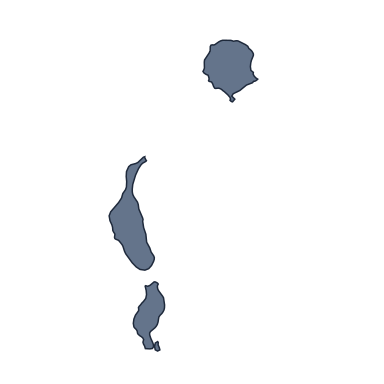 the border of Las Palmas, rotated 140°
{"feature_id": "ESP-5829", "entity_name": "Las Palmas", "entity_type": "Autonomous Community", "adm_level": 1, "iso_a3": "ESP", "parent_name": "Spain", "parent_adm1": "", "projection": "albers", "projection_center": [-14.437, 28.512], "detail": "fine", "context": "isolated", "style": "filled", "palette": "slate", "viewbox_px": 384, "rotation_deg": 140, "n_neighbors": 0, "source": "natural_earth", "source_scale": "10m", "svg_char_len": 2742}
<svg xmlns="http://www.w3.org/2000/svg" viewBox="0 0 384 384"><g transform="rotate(140 192 192)"><path d="M266.1,163.5L270.3,161.7L274.5,161.1L278.3,162.4L281.6,166.1L282.9,170.4L283.3,176.2L282.5,187.2L281.8,189.9L279.8,194.8L279.4,196.6L279.3,200.9L279.4,202.3L279.8,203.1L280.8,205.0L281.0,205.9L280.5,207.1L278.4,209.0L278.0,209.8L277.9,211.0L277.7,212.2L277.4,213.4L275.5,216.1L274.5,218.3L273.3,222.7L270.8,227.0L267.0,229.1L255.0,231.1L249.8,232.7L246.0,235.3L241.5,236.5L239.1,237.9L235.4,241.9L232.4,246.2L229.0,249.8L224.2,252.1L221.3,252.1L216.8,250.0L214.5,249.4L206.9,249.9L205.5,249.4L206.0,249.0L206.4,247.4L206.8,245.9L206.7,245.4L207.5,245.1L211.4,245.8L213.6,245.6L217.9,244.3L224.4,241.2L232.5,235.9L235.9,232.6L237.7,230.4L238.9,228.3L239.6,225.7L240.3,219.3L241.2,217.0L243.7,213.1L246.5,203.9L247.2,202.4L248.6,201.3L252.0,195.7L254.5,189.3L259.0,182.7L260.3,176.3L261.9,172.3L262.4,167.7L263.0,166.0L264.2,164.7L266.1,163.5ZM104.7,254.3L105.6,255.0L107.4,256.2L107.9,257.0L107.6,259.0L106.7,261.4L106.3,263.7L107.8,265.8L107.8,266.6L106.6,267.3L105.7,268.4L104.6,271.1L105.6,273.0L106.3,275.3L106.1,277.3L104.2,278.1L102.8,279.0L99.1,283.6L97.5,285.1L89.4,287.5L88.1,288.2L87.5,288.3L84.5,291.7L83.1,292.3L81.9,291.7L80.9,290.7L79.8,290.2L74.9,289.8L72.7,289.3L70.8,288.4L64.7,283.1L63.8,281.7L63.4,280.9L61.0,279.5L60.0,278.6L59.5,277.9L56.3,270.5L55.6,267.8L56.2,265.3L55.8,263.8L55.6,261.8L55.8,259.8L56.3,258.2L57.3,257.1L61.8,254.7L63.9,253.2L66.7,250.5L68.7,247.3L68.1,244.2L69.4,243.0L69.9,240.7L69.7,238.1L69.1,236.2L70.3,236.1L71.5,236.2L72.7,236.5L73.7,237.2L75.4,236.8L81.5,238.9L90.1,239.0L97.2,240.8L99.9,239.9L99.5,235.6L102.9,235.0L103.3,235.2L103.9,236.9L103.9,237.9L102.9,238.3L102.1,239.9L102.1,243.4L102.8,248.5L103.1,249.4L103.3,250.9L103.8,252.7L104.7,254.3ZM321.0,98.1L323.0,97.6L325.1,98.9L328.4,102.0L327.3,104.6L326.9,106.7L326.1,108.5L323.9,110.0L323.5,112.0L323.8,113.7L324.4,115.6L324.7,117.9L324.5,118.8L323.5,120.5L323.2,121.5L323.1,122.6L323.3,124.9L323.2,126.0L321.4,129.1L318.2,132.0L314.5,134.0L309.2,135.4L308.1,136.6L307.3,137.9L305.9,138.4L304.1,138.6L301.5,139.2L299.7,139.3L295.8,140.2L292.8,142.6L290.4,146.0L288.4,150.0L287.7,150.0L286.5,148.2L284.2,147.5L278.8,147.5L278.0,146.8L277.2,145.2L276.9,143.7L277.3,143.0L278.5,142.6L279.5,141.6L280.7,139.5L281.1,137.3L281.5,131.0L281.8,129.3L285.6,123.1L287.6,120.9L289.2,119.7L291.0,118.9L293.1,118.3L295.7,118.1L297.8,117.5L301.6,114.2L303.8,112.8L305.9,112.1L307.7,111.8L313.4,111.8L315.0,111.3L316.3,109.7L317.6,106.5L318.8,102.2L319.6,100.0L321.0,98.1ZM320.6,92.3L321.6,94.7L320.0,97.7L317.2,99.9L314.5,99.5L314.5,98.5L316.2,96.7L317.1,93.8L318.1,91.7L320.6,92.3Z" fill="#64748b" stroke="#1e293b" stroke-width="1.5"/></g></svg>